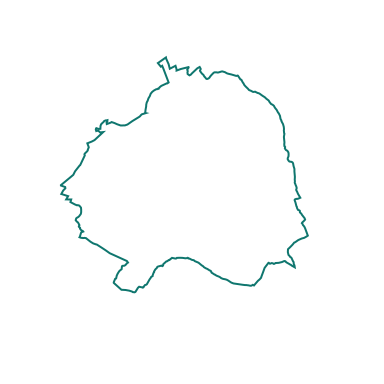 the district of Martinesti, Hunedoara, Romania, rotated 322°
{"feature_id": "2599482B2087288653186", "entity_name": "Martinesti", "entity_type": "district", "adm_level": 2, "iso_a3": "ROU", "parent_name": "Romania", "parent_adm1": "Hunedoara", "projection": "equal_earth", "projection_center": [23.115, 45.787], "detail": "fine", "context": "isolated", "style": "outline", "palette": "teal", "viewbox_px": 384, "rotation_deg": 322, "n_neighbors": 0, "source": "geoboundaries", "source_scale": "gbopen_adm2", "svg_char_len": 5932}
<svg xmlns="http://www.w3.org/2000/svg" viewBox="0 0 384 384"><g transform="rotate(322 192 192)"><path d="M264.1,283.4L264.6,282.0L264.6,277.5L264.8,276.4L264.5,274.5L264.6,274.3L265.3,273.4L265.4,273.1L265.1,272.2L264.6,271.5L264.5,271.2L265.0,269.0L265.5,268.2L265.5,267.6L267.1,263.9L267.8,261.7L268.2,261.3L268.5,261.2L269.9,261.6L270.8,262.3L271.8,262.7L273.4,263.1L273.8,263.2L274.4,258.6L275.0,256.5L275.2,255.0L275.5,254.4L275.8,254.1L276.4,253.8L277.0,253.2L277.6,251.8L278.1,249.8L278.4,249.2L278.5,248.4L278.7,247.9L279.7,246.9L280.5,245.6L282.4,243.4L285.4,238.8L286.9,236.9L287.4,235.7L287.9,234.3L289.3,231.6L289.4,230.9L289.4,230.4L288.9,229.4L287.8,228.3L287.5,227.9L287.4,227.3L287.4,226.5L287.6,225.1L287.8,224.8L288.4,224.2L290.0,223.3L290.9,222.3L291.6,221.4L292.1,220.6L292.4,219.8L292.5,218.6L292.4,217.9L291.9,216.8L291.9,216.4L292.0,215.1L292.1,214.7L293.1,213.9L293.1,213.6L293.1,213.1L293.3,212.6L293.2,212.5L294.3,210.9L294.9,210.4L295.6,209.5L298.3,205.2L300.7,203.0L300.8,202.4L302.3,200.0L303.2,199.1L304.4,197.2L305.5,194.6L305.9,192.2L306.2,191.0L306.5,190.6L306.6,189.8L306.8,188.8L308.2,186.2L308.8,183.4L308.7,182.3L308.8,182.0L309.3,179.1L309.2,177.7L309.3,176.1L309.6,174.5L309.5,173.9L309.2,172.8L308.5,171.3L308.5,168.7L308.7,167.5L308.7,166.9L308.0,164.3L307.7,162.1L306.8,159.6L305.8,156.1L305.3,155.1L304.7,154.4L303.6,152.1L303.5,151.8L302.2,151.1L301.6,150.5L300.8,148.6L299.8,146.9L299.7,146.5L299.7,145.3L299.2,141.7L299.1,139.7L299.5,138.0L299.4,137.2L300.0,133.9L299.5,133.2L299.5,132.7L299.8,128.6L299.6,128.3L298.7,128.0L298.3,127.7L295.3,123.5L293.9,121.8L292.7,120.2L291.7,117.8L290.2,115.7L289.4,115.2L287.0,114.3L286.1,113.9L285.7,113.6L284.9,112.7L283.5,111.6L282.7,111.4L282.2,111.4L279.2,111.8L277.3,112.2L276.3,112.6L275.1,112.7L273.8,112.4L273.2,112.0L272.9,111.3L272.9,110.9L273.0,109.7L272.8,109.1L272.9,107.9L273.1,106.7L272.7,104.7L272.8,101.8L272.9,101.4L273.0,101.3L274.4,100.6L274.7,100.2L275.0,98.2L272.4,97.8L264.8,98.5L263.3,98.8L261.8,98.5L261.2,96.4L262.0,95.0L263.1,94.1L263.5,92.7L265.9,91.9L266.1,91.4L258.9,88.2L254.6,86.8L255.0,86.3L255.6,85.3L256.7,82.4L250.4,81.2L252.3,76.8L253.7,71.1L254.3,69.9L244.5,69.4L244.6,74.1L246.2,74.2L245.5,76.8L241.0,91.3L239.4,91.2L239.2,90.9L233.2,89.5L231.1,89.5L230.8,89.7L230.0,89.7L229.2,90.1L228.8,89.6L228.6,89.5L227.8,89.5L227.1,89.0L224.6,88.6L222.3,88.6L220.0,89.1L217.7,90.5L215.3,91.4L213.1,92.9L212.6,93.0L211.3,93.7L209.6,95.1L208.7,96.2L205.7,98.9L204.9,99.8L204.1,100.4L203.9,101.0L204.2,101.4L200.3,99.9L199.0,100.0L197.7,100.3L196.7,100.3L188.7,99.4L182.7,99.1L180.1,98.2L176.7,95.6L174.7,92.5L173.4,90.0L171.7,87.4L170.7,87.3L166.7,86.0L167.5,84.6L168.7,84.3L169.6,83.3L168.9,83.0L168.5,83.1L168.2,82.5L166.6,82.0L165.2,82.4L164.2,82.4L162.0,82.7L160.6,83.6L158.7,85.8L157.5,85.0L156.7,84.1L156.4,83.5L155.9,82.8L155.3,83.0L154.6,83.6L154.1,85.0L154.7,85.1L155.7,86.1L155.9,86.5L156.0,86.5L156.3,88.5L158.9,90.1L147.1,91.1L143.9,90.5L139.5,89.2L138.2,93.2L135.8,94.6L135.4,95.1L134.2,95.4L131.4,95.7L130.5,96.0L130.0,97.2L120.4,102.0L119.9,101.9L112.6,103.7L109.0,105.4L92.9,105.9L92.7,106.2L95.1,110.0L94.5,111.1L91.5,111.5L87.8,113.1L91.8,119.0L88.3,120.4L92.2,123.5L90.0,125.1L92.2,130.0L93.2,131.7L93.7,131.9L94.5,132.8L94.8,133.4L94.9,135.9L94.0,137.4L92.3,139.6L91.3,140.5L90.5,141.0L89.1,141.3L88.3,141.6L86.8,141.7L86.0,141.5L84.5,141.5L84.1,141.8L83.0,142.6L83.0,144.2L83.3,145.5L83.4,145.9L82.9,148.8L82.1,149.1L81.5,149.6L81.5,150.3L81.8,151.1L81.6,151.6L81.2,151.9L81.1,153.3L81.6,155.0L81.9,155.4L81.9,156.2L80.0,155.6L79.2,156.0L76.2,158.1L75.5,158.4L76.5,160.0L77.3,160.6L77.6,161.1L79.2,162.1L80.2,163.4L80.2,163.8L81.4,168.7L82.5,171.7L84.1,174.2L84.6,174.7L86.7,180.7L88.1,184.9L89.5,189.6L98.2,206.3L98.1,208.2L97.0,208.1L94.5,208.6L93.2,208.4L92.0,207.5L91.1,207.4L89.0,209.5L86.6,209.5L85.6,209.7L83.1,210.6L82.0,211.2L81.3,211.5L79.0,213.4L78.0,213.1L74.7,215.0L74.4,215.5L76.2,225.6L79.3,228.3L81.8,231.1L83.5,233.6L83.7,234.4L85.0,235.7L85.9,235.9L90.5,234.2L92.0,234.1L94.1,236.6L94.5,236.7L94.5,237.1L95.0,237.2L95.5,237.1L95.9,236.8L97.7,236.4L98.9,236.9L99.6,236.9L104.9,234.7L106.1,234.4L107.6,233.8L109.2,234.0L109.5,233.6L111.8,232.1L112.8,231.8L113.0,231.4L114.9,230.6L116.1,230.3L117.2,230.3L118.5,229.7L119.3,229.8L122.6,231.2L122.9,232.1L123.4,232.2L124.0,232.1L124.5,231.5L125.3,231.1L126.5,231.1L128.7,230.9L129.2,230.9L129.6,231.2L130.0,231.3L131.8,231.3L132.2,231.7L132.5,231.7L133.0,231.6L133.4,231.7L134.1,231.5L134.7,231.7L135.7,231.6L137.9,234.2L138.8,234.7L139.3,234.6L139.5,234.6L142.0,236.4L144.0,238.1L146.0,240.2L147.7,241.2L148.2,242.0L148.4,241.8L148.8,242.7L149.2,243.3L150.0,245.1L150.3,245.6L151.3,246.7L151.5,247.1L151.6,248.1L153.6,251.7L154.5,255.8L155.1,257.5L155.1,258.5L155.9,260.6L156.8,262.2L157.0,263.0L157.2,263.3L157.5,264.5L158.1,265.4L158.2,266.0L157.9,266.9L158.0,267.2L157.8,267.7L157.9,268.0L158.2,268.7L158.8,270.6L159.2,271.4L159.4,271.6L159.4,272.0L159.9,273.2L161.2,275.4L161.7,276.6L161.9,277.6L162.4,278.6L163.0,279.6L164.5,281.3L165.4,282.6L166.0,284.0L167.2,287.6L168.4,289.6L174.8,296.3L176.4,297.9L177.5,298.8L177.9,299.2L179.2,300.5L179.9,301.4L180.3,301.8L181.2,302.4L182.8,302.6L183.3,303.8L189.2,302.6L191.4,302.5L193.7,302.1L194.3,301.6L198.7,298.9L202.5,296.5L208.6,294.9L208.9,295.0L209.2,296.4L209.7,296.7L210.9,297.0L211.8,297.9L212.1,298.9L212.7,299.3L214.1,299.4L216.7,301.2L219.8,302.6L222.2,303.2L222.8,303.8L222.8,304.3L223.0,304.5L223.0,305.4L224.4,308.8L224.7,309.7L225.0,310.1L225.2,310.8L225.2,311.2L226.6,314.6L227.6,312.8L227.8,311.5L228.9,309.8L229.0,308.5L229.8,305.3L229.8,304.6L229.4,303.8L229.5,302.4L229.3,301.0L230.5,298.4L232.4,296.2L235.3,295.9L238.9,295.4L241.4,294.8L242.4,295.1L246.2,295.3L249.8,296.2L252.2,297.2L254.8,297.6L256.4,297.7L258.8,290.2L259.2,288.3L259.1,286.2L259.5,284.9L259.4,284.2L260.1,283.9L262.4,283.7L264.1,283.4Z" fill="none" stroke="#0f766e" stroke-width="2"/></g></svg>